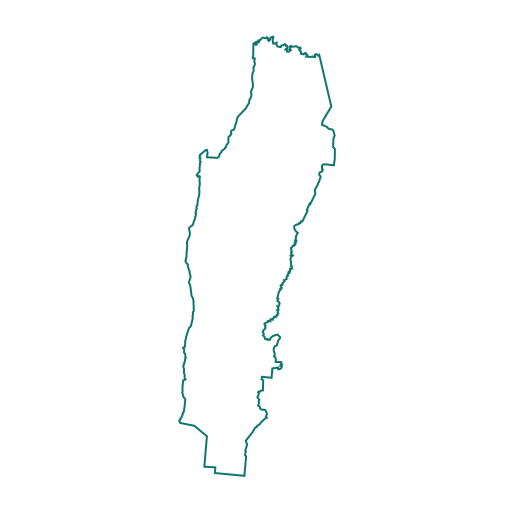 the district of Punilla, Córdoba, Argentina, rotated 185°
{"feature_id": "61730980B72863725650935", "entity_name": "Punilla", "entity_type": "district", "adm_level": 2, "iso_a3": "ARG", "parent_name": "Argentina", "parent_adm1": "Córdoba", "projection": "orthographic", "projection_center": [-64.597, -31.2], "detail": "fine", "context": "isolated", "style": "outline", "palette": "teal", "viewbox_px": 512, "rotation_deg": 185, "n_neighbors": 0, "source": "geoboundaries", "source_scale": "gbopen_adm2", "svg_char_len": 6128}
<svg xmlns="http://www.w3.org/2000/svg" viewBox="0 0 512 512"><g transform="rotate(185 256 256)"><path d="M317.0,83.1L302.7,81.5L289.2,72.2L289.1,41.6L278.1,41.9L278.0,36.2L248.4,36.0L248.4,55.5L249.3,56.2L249.6,56.9L249.1,60.5L249.7,61.2L248.4,67.4L250.1,71.0L243.9,80.5L242.3,84.2L241.3,85.4L240.5,85.6L240.2,86.7L237.2,89.1L236.8,90.5L234.3,93.2L232.4,95.1L231.1,95.8L232.2,97.0L231.2,99.7L233.4,103.5L237.3,103.5L238.5,104.2L239.1,106.2L240.7,107.0L240.9,107.7L240.1,109.7L240.8,111.3L240.1,113.0L242.3,115.4L241.1,118.7L242.0,120.5L241.8,121.1L241.3,121.3L240.8,120.9L239.7,121.5L239.4,122.3L237.4,122.7L238.0,132.8L239.7,133.7L239.6,136.2L229.9,136.0L229.9,145.4L224.3,146.8L224.3,145.6L223.8,145.0L221.4,146.0L220.5,147.9L220.7,148.6L222.2,148.8L221.9,149.6L220.7,150.7L222.0,151.8L221.8,152.5L227.2,152.2L227.2,154.7L227.9,156.8L229.3,157.6L228.6,159.5L230.0,162.9L230.3,165.3L229.5,167.7L227.5,168.7L226.5,173.8L224.8,176.5L225.1,177.4L227.7,179.6L232.2,177.8L234.3,175.7L234.4,174.7L235.1,173.6L236.1,173.9L236.9,173.5L237.3,174.1L238.0,173.8L238.9,174.4L239.7,174.2L240.3,175.2L240.5,176.4L242.1,177.4L241.5,178.6L241.5,179.3L242.5,180.6L242.3,181.3L242.6,181.7L240.2,185.2L240.9,186.6L240.5,187.7L241.4,188.5L241.7,189.2L240.5,190.3L238.6,191.1L238.3,192.4L236.0,192.1L236.1,194.2L234.0,194.0L234.1,194.9L233.0,195.3L232.9,196.8L232.0,197.3L230.8,197.0L230.5,198.1L229.5,198.7L230.0,199.4L228.8,200.6L229.6,201.8L229.0,203.8L230.2,204.1L229.1,205.4L229.3,206.8L230.4,207.8L228.9,208.4L228.3,210.7L228.9,211.2L228.9,212.1L230.8,213.1L230.8,214.0L230.0,215.1L231.1,215.7L231.2,216.2L230.8,217.1L230.3,221.3L229.6,223.3L229.0,223.9L229.1,225.1L228.2,225.3L227.5,226.4L228.8,227.7L228.8,229.0L227.2,229.3L227.0,229.8L227.5,230.9L225.4,233.5L225.9,234.4L223.4,235.8L223.7,237.9L223.3,238.6L222.5,238.9L223.0,240.3L222.0,241.2L222.3,242.8L221.8,243.3L221.2,242.3L220.7,243.2L221.0,246.3L219.3,246.3L219.0,246.9L219.5,248.3L220.2,248.7L219.7,249.5L220.4,250.7L220.6,253.7L221.2,254.5L221.4,255.6L221.0,258.8L221.4,259.3L220.2,259.9L219.5,259.4L219.2,259.7L221.1,261.3L221.3,262.7L220.5,263.3L221.5,264.9L221.3,265.8L221.9,266.4L221.8,267.3L220.8,267.9L220.4,269.3L219.5,269.5L219.1,270.1L218.5,269.9L217.8,271.3L218.3,271.4L218.0,271.9L218.5,272.3L217.7,272.8L217.3,274.1L217.9,274.1L218.5,274.6L218.2,275.6L217.6,275.6L217.9,276.1L217.8,279.4L216.4,282.7L218.2,283.9L220.4,286.8L220.4,289.5L217.5,291.2L216.4,291.2L215.8,292.6L214.6,292.6L214.3,294.4L212.8,294.5L208.6,305.6L209.4,306.2L207.3,312.3L206.6,312.2L206.3,312.9L206.5,313.5L206.0,313.7L202.5,322.6L202.4,323.6L203.0,326.2L202.8,327.9L200.7,332.4L200.2,334.7L199.7,335.1L199.1,338.5L198.6,339.6L198.6,340.9L200.0,342.3L200.2,343.2L199.8,344.8L197.5,346.1L197.0,347.1L197.1,347.8L197.7,348.0L197.7,349.4L198.1,349.7L198.0,352.1L197.2,353.1L193.9,353.4L186.4,353.1L186.0,359.3L186.7,369.4L188.7,371.3L189.1,380.0L188.1,382.7L189.8,387.5L190.9,388.6L194.8,389.1L196.6,390.8L201.8,392.5L201.3,396.5L194.0,411.5L210.5,461.7L211.1,460.9L213.2,462.4L214.3,462.0L214.9,461.6L214.3,459.9L214.4,459.4L215.0,459.2L216.3,459.3L216.7,459.8L219.3,458.9L220.0,459.2L221.3,458.8L222.0,459.1L222.2,459.8L223.2,459.3L222.6,461.0L223.4,461.0L224.0,461.7L224.1,462.5L225.0,462.3L225.0,461.7L225.6,461.9L226.6,461.0L229.0,461.5L228.7,462.2L229.5,464.2L230.5,464.5L230.9,465.1L229.6,466.8L230.2,467.6L232.3,467.2L234.0,468.5L239.0,467.4L239.4,467.6L239.3,468.2L239.6,468.4L240.7,467.1L240.1,465.5L240.7,464.8L239.3,464.1L241.2,462.3L243.0,462.4L243.1,463.8L244.7,464.2L244.2,465.0L243.2,465.1L242.9,467.6L243.4,468.1L244.7,468.1L244.8,469.0L245.3,469.4L245.8,469.6L246.8,468.6L249.1,467.9L249.4,466.4L250.5,466.2L252.7,466.7L253.8,467.9L254.3,469.1L253.9,469.9L254.0,470.4L256.0,469.2L257.5,469.2L258.3,473.2L257.7,474.8L258.0,476.0L260.2,475.1L260.6,474.4L260.8,472.6L262.1,471.4L262.7,471.9L262.6,473.5L263.7,474.7L264.0,474.8L264.2,473.8L268.2,474.2L269.4,473.3L270.3,471.7L272.4,470.9L271.6,469.7L272.0,469.0L273.6,469.6L274.9,469.0L274.9,468.5L273.6,467.2L274.0,466.5L274.8,466.4L276.2,468.0L276.6,467.8L276.8,466.7L277.1,466.7L276.3,456.3L276.4,452.8L274.4,452.6L274.7,449.5L273.9,447.9L273.9,446.2L275.1,443.5L274.6,441.9L274.6,439.7L275.4,437.6L275.5,435.3L275.3,432.2L273.9,426.0L273.9,423.8L275.4,419.1L274.7,417.0L274.6,415.3L275.3,412.5L276.3,410.6L276.1,409.0L276.4,407.5L278.2,404.2L278.7,402.5L286.1,393.3L286.8,391.6L287.4,386.2L288.0,385.1L288.3,382.3L289.1,379.8L291.5,378.8L291.8,376.6L291.2,375.8L292.2,373.6L293.7,372.6L293.7,369.2L293.3,366.5L295.1,364.0L295.3,362.2L296.3,361.0L296.3,360.4L299.4,357.6L299.6,356.3L301.1,354.5L301.5,351.7L303.0,350.4L313.4,350.1L313.3,354.8L314.1,357.3L315.3,357.2L320.5,351.9L320.4,351.0L320.9,350.8L320.8,348.9L319.9,348.7L319.8,348.2L320.3,346.5L319.3,345.0L319.8,344.3L319.9,338.8L319.5,335.3L321.3,333.1L322.1,331.4L320.8,329.9L319.7,330.7L318.9,330.4L318.9,326.6L318.2,322.6L318.6,318.9L317.9,314.6L318.0,311.2L318.7,307.4L318.9,302.7L318.7,301.4L319.6,300.4L319.5,298.6L319.1,298.3L319.8,296.4L319.6,295.1L320.1,293.5L319.4,292.6L319.4,291.7L320.2,288.3L320.1,287.0L321.0,285.1L321.3,282.7L322.0,280.9L323.1,280.3L324.2,279.1L324.9,278.3L325.1,277.4L323.8,272.9L324.1,269.3L325.2,266.9L326.0,263.9L325.4,259.9L325.4,252.1L325.1,249.3L325.5,248.2L325.4,246.4L325.9,245.5L325.6,244.1L324.5,242.7L323.1,241.6L323.1,240.1L322.3,238.3L322.1,237.2L320.8,235.0L320.7,233.6L319.3,229.6L320.5,224.0L318.8,220.4L316.8,210.9L315.1,208.3L314.4,206.2L313.2,195.9L314.0,194.5L313.6,192.2L314.1,190.3L313.5,188.7L314.8,180.4L316.5,178.4L318.6,169.2L318.8,166.2L319.2,165.3L319.0,164.8L318.9,159.4L320.0,158.8L320.2,158.0L320.5,157.9L319.4,156.9L319.3,153.6L317.9,152.1L317.5,148.7L317.1,148.4L317.5,148.0L317.8,143.9L318.3,143.2L318.1,142.1L318.8,141.1L318.7,139.0L317.7,136.9L317.7,133.8L316.5,130.6L316.7,129.5L316.2,127.8L315.5,126.8L317.7,125.8L317.8,117.6L317.4,115.8L317.5,113.1L317.0,112.3L316.3,109.9L315.3,108.4L314.1,107.5L313.9,106.5L314.1,97.9L314.5,94.0L315.3,93.2L315.5,92.4L315.2,91.9L316.2,88.8L317.2,87.4L317.0,86.8L317.3,86.1L318.0,85.6L317.9,84.8L317.0,83.1Z" fill="none" stroke="#0f766e" stroke-width="2"/></g></svg>